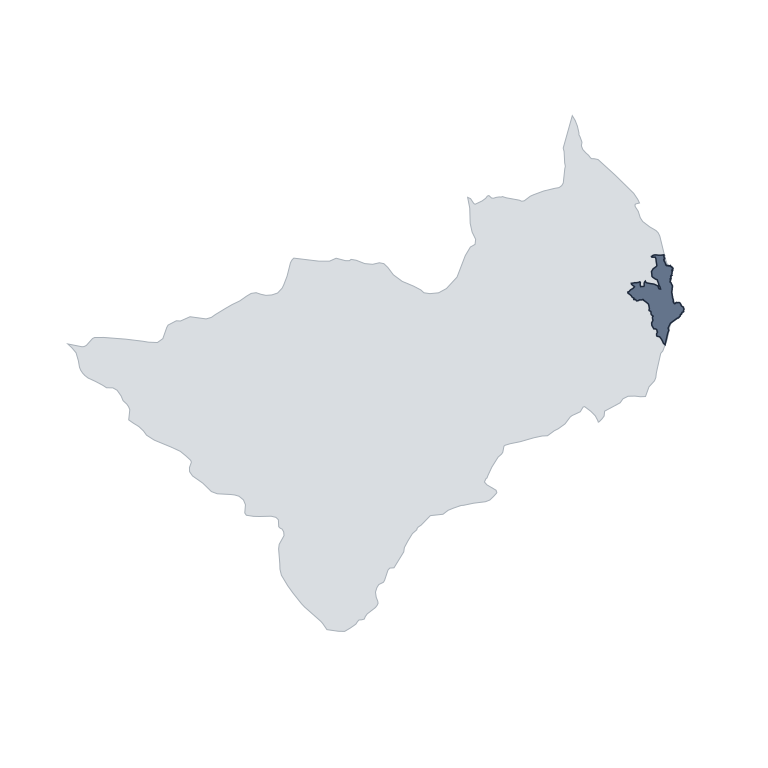 Baboua, Nana-Mambéré, Central African Republic shown in context, rotated 172°
{"feature_id": "33826404B17315710707848", "entity_name": "Baboua", "entity_type": "district", "adm_level": 2, "iso_a3": "CAF", "parent_name": "Central African Republic", "parent_adm1": "Nana-Mambéré", "projection": "natural_earth1", "projection_center": [14.687, 5.816], "detail": "fine", "context": "in_parent", "style": "filled", "palette": "slate", "viewbox_px": 768, "rotation_deg": 172, "n_neighbors": 0, "source": "geoboundaries", "source_scale": "gbopen_adm2", "svg_char_len": 8645}
<svg xmlns="http://www.w3.org/2000/svg" viewBox="0 0 768 768"><g transform="rotate(172 384 384)"><path d="M531.6,271.1L538.6,273.2L539.8,275.7L538.0,283.7L539.3,288.8L543.3,293.1L547.3,294.9L551.1,295.9L564.4,298.5L569.9,301.5L577.2,311.0L586.4,319.6L588.7,324.2L588.3,328.3L585.6,333.4L586.1,335.4L590.3,340.5L595.1,345.7L604.0,351.4L619.3,360.4L626.3,366.4L628.7,371.0L632.6,375.9L638.1,380.5L641.8,384.0L639.3,393.9L640.1,397.1L641.5,399.9L644.7,403.8L646.0,408.8L649.2,415.0L653.0,417.9L659.3,418.9L662.6,421.8L669.5,426.8L676.2,431.1L679.1,434.1L680.9,436.7L682.4,439.8L683.2,442.9L683.4,449.5L684.6,457.8L688.2,463.5L691.6,467.7L677.9,462.9L675.9,462.8L673.4,463.6L666.3,469.6L664.1,470.3L655.1,469.1L633.3,464.3L616.5,459.8L611.5,458.2L602.6,456.6L596.7,459.7L591.2,470.3L589.6,472.4L580.9,475.5L576.8,474.7L566.7,477.6L551.1,473.2L545.6,474.0L541.2,476.3L530.0,481.1L523.3,483.8L515.4,486.3L507.9,490.1L502.9,492.2L497.9,492.2L493.5,490.0L488.6,488.2L482.7,487.8L476.7,488.9L471.5,493.1L469.5,496.1L465.0,504.2L459.7,517.2L457.7,519.8L455.8,521.2L431.4,514.7L420.9,513.2L413.9,515.2L405.0,511.5L401.1,510.9L399.3,512.0L394.3,510.4L386.3,505.9L378.6,504.1L371.7,504.7L367.4,503.2L364.0,498.9L359.6,490.9L351.7,483.1L341.1,476.8L334.4,472.0L331.8,468.8L326.0,467.1L317.3,466.7L308.9,469.8L296.8,479.7L285.6,499.9L279.4,507.6L274.4,509.6L273.1,514.5L275.6,522.2L276.3,531.1L274.6,546.2L275.2,557.2L272.5,555.5L270.0,550.3L268.8,549.3L261.4,551.6L257.5,553.7L255.5,555.7L253.9,556.0L251.6,553.2L249.7,552.7L246.8,553.2L243.8,553.2L241.9,552.8L240.6,553.1L237.1,551.4L224.4,547.2L222.2,545.8L219.6,545.9L213.0,549.6L209.5,550.6L199.0,552.9L187.7,554.0L183.4,554.1L180.4,555.7L178.5,558.1L175.0,572.0L174.1,574.4L174.3,577.9L173.3,589.1L173.7,592.7L160.2,623.5L158.0,618.4L156.6,612.4L156.0,605.5L156.3,603.6L155.5,601.6L154.3,595.9L155.4,592.3L154.5,588.5L151.9,584.7L149.5,581.9L148.1,579.3L147.0,578.2L144.4,577.8L140.8,576.5L125.8,558.4L110.2,538.1L107.0,531.5L105.8,527.7L109.6,527.3L110.5,526.6L110.6,524.8L108.2,519.6L107.1,513.0L105.2,508.9L99.1,502.7L93.2,498.0L91.4,495.5L90.3,492.1L88.1,470.1L87.1,463.9L85.2,461.2L83.9,459.9L83.4,458.4L83.6,454.5L84.4,451.0L84.4,449.6L86.0,446.5L86.0,426.2L84.1,423.5L80.6,423.4L78.7,420.5L77.2,416.7L77.6,414.1L81.0,410.0L83.2,408.4L89.9,405.1L91.7,403.5L92.9,401.5L93.7,398.8L97.6,388.3L103.3,377.9L105.7,375.8L111.5,360.5L112.9,356.6L113.9,352.6L115.7,349.5L122.0,344.3L126.8,335.2L131.9,335.7L137.2,337.1L144.0,337.9L149.4,336.1L152.8,332.5L169.3,326.4L170.5,321.6L173.1,319.0L176.1,316.7L177.1,316.4L177.4,318.1L179.2,323.1L183.0,328.2L188.5,333.7L190.1,333.4L193.5,329.2L202.1,326.6L204.2,325.4L210.3,319.3L217.7,315.4L221.9,314.0L229.3,310.0L234.6,310.5L243.1,309.9L257.2,307.9L267.4,307.3L272.6,306.5L273.9,305.7L275.9,299.8L277.4,298.2L281.2,295.7L288.7,286.8L293.6,279.3L295.1,276.6L296.1,276.2L298.2,273.0L296.1,269.8L287.7,263.1L287.8,262.2L287.3,261.1L287.8,260.2L291.0,257.5L295.3,254.4L299.9,253.3L311.9,253.5L322.2,252.8L324.6,253.0L332.6,251.4L338.1,250.0L343.7,246.8L356.4,247.2L367.0,239.0L370.0,237.6L371.4,236.3L371.8,235.1L376.7,231.9L382.2,225.2L386.6,219.2L387.8,215.0L399.7,200.6L403.9,200.9L406.0,199.1L410.7,189.6L412.1,187.8L417.1,186.1L419.4,183.3L421.4,179.1L421.4,173.9L420.4,169.7L420.4,167.6L421.6,165.8L423.5,163.9L432.6,158.7L434.9,156.3L436.2,154.0L438.8,153.6L441.6,153.8L443.3,152.4L445.3,150.1L451.6,146.9L457.4,144.5L463.6,145.5L474.7,148.7L478.1,155.5L479.7,157.9L493.6,174.1L496.3,177.9L503.2,189.6L507.4,197.6L512.2,208.9L512.8,215.1L512.2,220.4L511.3,235.4L510.1,239.8L504.1,247.8L503.9,251.5L505.1,254.5L507.0,255.8L508.1,257.3L507.5,264.3L509.6,267.0L514.2,268.8L525.7,270.1L531.6,271.1Z" fill="#d9dde1" stroke="#a8b0b8" stroke-width="1"/><path d="M101.4,473.1L101.3,472.6L101.0,472.3L97.7,471.8L97.3,470.0L97.4,467.4L97.3,463.4L97.8,462.6L99.5,461.6L101.4,460.7L102.6,459.2L103.5,458.1L103.5,455.4L103.7,453.4L103.1,452.4L100.6,450.1L99.3,449.4L98.9,449.1L98.8,448.5L98.8,448.1L98.2,445.8L98.1,444.9L98.1,444.2L97.8,443.2L97.4,442.4L97.1,441.2L97.0,440.6L96.9,439.8L96.9,439.5L98.0,439.8L98.4,440.0L98.7,440.7L98.9,441.8L99.0,442.6L99.3,443.1L99.9,443.5L102.0,444.9L102.9,445.4L104.9,446.0L105.7,446.2L107.7,446.9L109.2,447.4L109.8,447.7L110.5,448.2L110.7,448.8L110.9,449.5L111.6,448.9L112.0,448.4L112.5,447.0L112.5,446.4L112.5,445.5L113.1,444.5L116.3,444.7L116.3,445.2L116.5,446.3L116.5,446.8L116.3,447.4L116.3,447.9L116.0,449.0L116.2,449.3L116.5,449.6L116.9,449.5L117.4,449.3L118.4,449.1L119.2,449.3L120.2,449.1L121.5,449.5L122.6,449.3L124.6,449.3L125.1,449.3L125.0,448.2L123.5,446.6L122.8,446.0L122.4,445.4L123.6,444.4L124.5,443.8L125.2,443.6L126.8,442.9L128.5,441.4L129.8,441.1L129.7,439.9L128.1,438.5L127.4,437.6L126.9,437.2L126.6,436.3L126.2,435.5L125.6,434.9L124.8,434.5L124.6,434.3L124.5,433.9L124.9,433.3L124.9,433.1L124.9,432.9L124.7,432.7L124.4,432.7L123.7,432.8L123.2,432.6L122.7,431.9L122.6,431.6L122.4,431.3L122.2,431.1L121.8,431.1L120.4,431.2L120.0,431.3L119.6,431.7L119.2,431.8L118.7,431.6L117.6,431.5L117.1,431.4L116.6,431.4L116.2,431.7L115.9,431.7L115.6,431.6L115.4,431.5L115.3,431.2L115.3,430.8L113.0,428.6L111.1,426.5L110.8,424.9L110.7,421.5L111.1,421.0L111.3,419.9L110.9,419.5L109.9,419.0L109.6,418.4L109.8,416.2L109.7,415.7L109.5,415.3L108.5,414.2L108.2,414.0L108.1,413.8L108.1,413.6L108.6,413.3L108.9,412.7L109.0,410.9L108.8,410.1L108.9,409.5L110.5,407.2L110.6,404.7L109.1,401.0L107.7,400.9L106.8,400.3L106.2,399.4L106.3,398.2L105.9,397.4L106.3,396.8L107.0,396.0L107.3,394.4L107.0,393.3L104.5,392.4L103.3,390.3L102.4,388.1L101.6,385.4L100.2,383.7L95.9,395.0L94.5,397.4L94.9,399.8L92.0,404.2L91.8,404.4L87.0,407.0L86.6,407.2L84.2,408.5L82.9,408.3L82.9,408.2L82.8,408.6L82.3,409.4L82.1,409.6L81.8,409.7L81.5,409.9L81.1,410.3L80.9,411.5L80.7,411.7L80.4,411.7L80.1,411.7L79.9,411.7L79.7,411.9L79.5,412.0L79.4,412.3L79.3,412.6L79.2,412.8L79.0,413.3L78.8,413.5L78.6,413.6L78.0,413.6L77.5,413.7L77.1,414.0L77.2,414.8L77.2,415.2L77.0,415.5L76.7,416.1L76.5,416.3L76.4,416.4L76.5,416.7L76.6,416.9L76.8,417.7L76.8,418.5L77.0,418.6L77.6,419.1L78.0,419.4L78.3,419.7L78.6,420.1L78.7,420.3L78.8,420.6L78.9,421.6L79.2,422.0L79.3,422.2L79.7,423.2L80.1,423.5L80.3,423.6L80.9,423.7L81.9,423.6L82.1,423.7L82.7,424.1L83.1,424.1L83.4,423.7L83.9,423.7L84.2,423.5L84.3,423.2L84.6,423.1L84.8,423.0L85.0,423.0L85.3,423.2L85.5,423.5L85.7,424.0L85.8,424.2L86.0,424.7L86.1,425.0L86.0,425.4L86.1,425.6L85.9,425.9L85.9,426.4L85.9,426.5L85.7,426.8L85.8,427.0L85.9,427.5L86.0,428.0L86.1,428.4L86.2,428.6L86.1,428.8L86.3,429.7L86.2,430.0L86.1,430.4L86.2,430.7L86.2,430.8L86.2,431.0L86.2,431.6L86.3,432.1L86.2,432.6L86.2,433.1L86.3,433.3L86.3,433.7L86.4,434.2L86.4,434.7L86.2,435.6L85.9,436.0L85.9,436.3L85.7,437.0L85.5,437.5L85.4,437.7L85.5,438.0L85.4,438.4L85.4,438.6L85.2,438.9L85.2,439.1L85.0,439.3L85.0,439.6L85.0,439.8L84.7,440.4L84.8,440.8L84.7,441.1L84.7,441.4L84.7,441.5L84.9,442.0L85.1,442.1L85.2,442.3L85.3,442.4L85.4,442.8L85.4,443.3L85.5,443.7L85.6,444.1L85.9,444.7L86.1,444.9L86.2,445.0L86.4,445.3L86.4,445.5L86.5,445.5L86.4,445.8L86.3,446.0L86.2,446.0L86.1,446.4L85.9,446.5L85.8,446.8L85.8,447.0L86.0,447.2L86.0,447.4L85.9,447.4L85.8,447.6L85.7,447.7L85.8,447.8L85.6,448.0L85.3,448.2L85.2,448.3L85.3,448.4L85.1,448.4L85.1,448.5L85.3,448.7L85.3,448.8L85.3,449.0L85.2,449.4L85.1,449.6L85.1,449.8L85.0,450.0L85.2,450.6L85.1,450.9L84.9,451.1L84.8,451.3L84.5,451.2L84.4,451.3L84.3,451.2L84.2,451.3L84.1,451.6L83.8,451.6L83.9,451.8L83.9,452.0L83.9,452.4L83.8,452.7L83.5,453.1L83.4,453.2L83.4,453.5L83.4,454.2L83.3,454.4L83.2,454.5L83.2,454.8L83.1,455.0L82.9,455.1L82.8,455.3L82.9,455.6L83.0,455.8L82.8,455.8L82.7,456.0L82.4,456.3L82.6,456.4L82.7,456.5L82.7,456.4L82.7,456.5L82.8,456.7L82.8,456.8L82.7,457.0L82.3,457.2L82.3,457.3L82.2,457.3L82.2,457.5L81.9,457.7L81.9,457.8L81.7,458.0L81.7,458.3L81.8,458.7L82.1,459.0L82.5,459.4L82.6,459.7L82.8,459.6L83.1,460.1L83.3,460.1L83.6,460.4L83.6,460.7L83.8,460.7L83.9,460.8L84.0,460.9L84.0,461.0L84.1,460.9L84.7,461.0L84.8,461.1L84.9,461.4L85.4,461.4L85.6,461.6L85.8,461.6L86.1,461.4L86.3,461.6L86.6,461.6L86.8,461.8L87.4,461.9L87.6,461.9L87.6,462.0L87.7,462.4L87.7,462.5L88.3,462.8L88.5,462.8L88.5,463.2L88.4,463.5L88.5,463.9L88.4,464.0L88.6,464.6L88.9,465.4L88.9,465.8L89.0,466.3L89.3,466.3L89.5,466.9L89.4,467.3L89.6,467.6L89.7,467.9L89.6,468.0L89.6,468.3L89.4,468.3L89.3,468.7L89.1,468.9L88.8,469.0L88.7,468.9L88.6,469.0L88.6,469.7L89.0,470.2L89.0,470.3L88.9,470.9L89.0,471.1L89.1,471.5L89.1,471.8L89.2,472.1L89.3,472.4L89.3,472.6L88.8,472.7L89.0,472.9L89.0,473.0L91.7,473.0L94.1,473.3L96.6,474.0L98.4,474.2L99.9,473.9L100.9,473.2L101.4,473.1Z" fill="#64748b" stroke="#1e293b" stroke-width="1.5"/></g></svg>